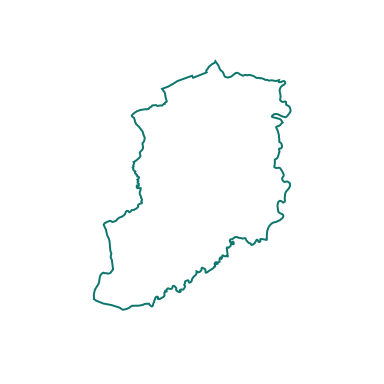 the district of Agua De Dios, Cundinamarca, Colombia, rotated 121°
{"feature_id": "7082276B68693842592572", "entity_name": "Agua De Dios", "entity_type": "district", "adm_level": 2, "iso_a3": "COL", "parent_name": "Colombia", "parent_adm1": "Cundinamarca", "projection": "mercator", "projection_center": [-74.665, 4.372], "detail": "fine", "context": "isolated", "style": "outline", "palette": "teal", "viewbox_px": 384, "rotation_deg": 121, "n_neighbors": 0, "source": "geoboundaries", "source_scale": "gbopen_adm2", "svg_char_len": 6070}
<svg xmlns="http://www.w3.org/2000/svg" viewBox="0 0 384 384"><g transform="rotate(121 192 192)"><path d="M334.3,221.0L334.2,220.2L334.5,218.3L333.3,210.7L330.4,202.8L329.7,200.0L328.4,194.4L328.6,190.9L327.6,189.5L325.9,187.8L323.7,186.3L320.5,184.9L317.9,180.8L317.6,180.1L315.5,177.5L314.2,176.1L312.6,175.1L312.0,174.5L309.9,171.4L310.5,170.3L310.8,168.3L310.8,167.6L310.4,167.2L309.5,167.1L306.7,167.9L305.6,167.8L304.2,168.5L302.8,168.4L302.1,168.8L300.9,168.9L299.7,168.1L299.7,167.6L299.7,166.9L300.0,166.6L301.1,166.3L301.0,165.4L300.3,164.5L296.5,162.4L295.0,162.2L293.0,163.6L292.6,163.7L292.1,163.5L290.8,164.0L290.6,164.0L290.6,162.8L290.4,162.5L290.1,162.6L289.1,163.5L287.3,163.2L286.9,162.9L286.5,161.1L285.7,159.9L285.0,159.5L284.3,159.5L282.6,160.0L282.0,159.6L281.8,159.2L281.8,158.1L282.5,155.9L284.0,155.3L284.5,154.5L284.5,152.0L284.4,151.4L283.7,150.6L283.2,150.5L282.5,151.7L282.2,151.8L281.0,151.0L280.7,149.8L280.2,149.3L279.0,149.1L277.5,149.1L276.4,149.3L275.6,150.9L274.2,150.9L273.2,151.5L271.7,151.7L270.4,150.6L269.7,149.8L269.9,149.2L270.9,148.3L271.1,147.9L270.8,147.2L269.8,146.6L268.4,146.5L267.0,147.0L265.4,147.1L263.1,146.8L261.6,146.2L260.5,146.1L259.4,146.2L257.7,147.3L257.5,145.1L256.4,144.2L254.7,143.7L253.8,143.8L252.4,144.5L251.8,144.4L251.6,144.1L251.4,141.1L252.1,140.2L253.9,139.0L253.9,138.4L253.3,137.8L249.8,136.3L246.7,134.6L245.9,134.4L244.8,134.5L244.2,133.9L243.5,133.9L241.9,135.7L241.5,135.7L241.3,135.3L241.2,134.0L240.3,133.1L240.0,133.3L240.5,135.0L240.5,135.5L240.2,135.6L239.8,135.2L239.2,133.9L238.4,132.9L237.6,132.4L235.4,133.8L234.7,134.0L233.8,133.9L234.2,133.1L234.1,132.4L232.5,132.4L231.5,133.2L230.6,133.1L230.4,132.8L230.3,130.9L229.3,129.8L229.1,128.6L228.7,128.2L228.3,128.3L227.7,129.4L226.4,129.9L222.3,133.3L221.6,133.5L221.4,133.4L221.0,132.0L218.4,131.2L216.6,131.6L216.0,131.0L215.4,129.6L214.9,129.5L213.7,130.5L213.5,131.3L214.1,131.9L215.5,132.4L215.6,133.0L214.2,134.6L212.9,134.7L211.5,133.1L208.4,131.8L207.4,130.1L207.3,128.6L206.2,126.1L206.0,124.8L204.3,122.9L204.3,122.1L205.5,120.5L205.6,119.7L206.3,117.9L206.4,116.7L206.0,115.2L206.6,114.3L206.7,113.7L205.5,112.6L203.5,111.9L200.0,112.0L199.4,111.7L199.4,111.1L200.4,109.3L200.3,108.6L199.2,108.0L197.7,109.0L197.0,109.0L195.6,106.2L194.7,103.5L194.4,103.3L189.6,106.1L186.7,107.4L183.5,108.1L180.8,108.2L178.7,107.7L176.8,107.0L174.1,104.3L171.0,102.2L167.8,101.1L166.6,101.0L165.6,101.3L164.9,101.9L164.5,102.8L164.9,106.4L164.4,107.9L159.9,111.6L157.9,112.4L156.5,112.8L155.3,112.7L154.3,112.1L153.8,110.5L154.1,108.8L154.0,108.2L152.5,107.5L151.3,108.0L149.2,109.6L147.8,110.1L146.0,111.1L143.3,111.6L138.9,110.8L136.4,111.1L135.5,111.5L134.2,112.5L133.8,114.4L134.0,115.9L135.7,117.8L135.8,118.7L135.6,119.5L134.9,121.0L133.8,121.8L130.9,121.8L130.0,122.2L128.5,124.1L126.3,128.4L126.2,129.4L126.7,130.4L128.1,132.1L128.3,133.1L128.1,134.4L124.4,135.9L121.8,137.6L121.3,137.6L119.7,136.6L118.3,136.3L112.2,137.9L110.4,139.6L109.7,139.4L109.1,138.5L108.5,138.1L107.1,138.1L106.5,138.4L105.8,138.9L104.8,139.9L104.3,140.7L104.0,143.1L101.3,144.7L100.2,145.7L98.4,146.9L95.3,150.1L93.3,153.1L92.9,153.3L92.4,153.2L90.5,151.5L89.1,150.8L87.0,150.6L85.8,150.0L84.4,152.8L84.2,154.3L86.4,161.8L86.3,162.2L85.9,162.4L85.1,162.5L83.4,161.9L81.9,160.3L81.1,158.2L80.8,154.0L79.9,150.5L78.9,149.8L77.6,149.5L73.7,149.0L72.2,149.0L70.5,150.2L69.0,151.9L68.6,152.7L68.6,156.3L66.5,157.7L66.4,158.7L67.9,160.4L68.2,161.0L68.2,162.9L67.7,163.9L64.4,165.3L61.8,167.4L60.9,168.4L59.1,169.6L57.2,169.9L55.9,169.9L54.0,169.3L53.2,168.7L52.0,168.2L50.8,168.2L50.1,168.6L49.7,169.1L49.5,169.9L49.9,170.9L51.8,172.4L52.8,173.5L53.1,174.2L52.4,174.9L51.4,175.1L53.6,177.1L55.2,181.2L57.0,183.6L57.1,185.2L58.1,186.8L58.2,189.0L58.8,191.4L59.6,192.4L59.6,193.4L60.6,194.5L61.0,195.6L60.9,199.2L61.9,202.8L63.4,204.7L64.2,206.7L66.2,208.4L66.2,210.0L66.5,211.1L66.3,213.1L66.4,214.4L67.1,215.1L67.4,215.8L72.5,217.7L73.6,218.4L75.3,220.1L76.1,222.2L76.1,223.5L73.6,226.9L73.2,228.1L72.9,229.9L72.5,231.2L69.7,235.0L67.9,239.3L68.9,239.1L69.9,239.3L71.9,240.6L76.2,242.1L77.9,242.0L80.5,242.3L81.1,242.1L81.9,241.0L93.5,249.9L92.3,251.8L103.8,261.1L104.7,261.8L109.4,264.1L113.9,266.7L119.0,270.8L120.7,266.8L121.4,265.9L124.0,263.8L127.5,260.2L129.6,261.2L130.5,260.7L131.3,261.7L133.3,262.1L134.1,263.7L135.9,265.7L136.1,266.4L136.0,267.5L138.0,270.3L138.5,270.7L139.7,270.7L141.3,271.8L143.0,272.0L144.2,273.1L145.1,274.7L148.4,278.6L151.3,280.9L153.8,282.1L156.1,282.8L157.5,283.0L158.1,282.2L158.3,279.8L161.2,276.8L162.6,274.8L163.3,271.3L165.3,266.3L166.3,264.5L167.4,263.7L170.0,260.3L172.9,259.3L174.6,259.3L175.6,259.6L176.8,258.8L178.5,257.2L179.8,256.5L181.8,256.4L183.7,257.0L185.2,257.0L187.7,254.7L189.6,254.7L193.8,256.1L196.3,257.4L196.4,256.8L196.9,256.5L199.8,255.9L200.3,255.1L201.7,255.4L202.2,254.3L202.8,254.0L203.4,253.3L203.7,252.1L203.6,251.1L204.7,250.9L205.3,250.2L205.3,249.4L205.8,248.8L205.8,247.8L206.9,246.9L206.5,245.9L206.7,245.0L208.1,244.6L209.6,245.2L210.1,243.8L210.3,243.6L210.9,243.9L212.1,243.4L212.2,242.0L213.8,240.9L214.5,242.2L215.4,241.3L215.7,241.6L215.8,242.2L216.1,242.1L216.6,241.5L216.8,240.7L215.4,238.5L215.2,237.8L217.6,236.9L218.5,236.9L219.7,236.4L221.0,235.3L222.1,233.5L223.3,232.6L224.1,231.0L224.6,230.7L225.9,230.7L226.8,229.4L227.7,229.4L228.4,230.3L230.7,231.5L231.4,231.3L232.5,230.5L234.2,230.9L236.5,232.1L237.3,232.7L238.6,234.3L240.3,234.6L241.4,235.0L241.5,235.8L241.2,236.8L241.5,237.8L242.0,238.2L243.0,238.5L245.2,238.0L246.9,238.3L249.1,239.3L251.4,241.1L253.7,242.0L255.4,242.2L256.2,242.5L258.5,244.5L258.7,244.9L258.7,246.8L259.3,247.8L261.5,249.5L263.9,250.8L264.7,250.9L265.6,250.8L268.6,246.4L273.0,242.2L274.5,239.7L276.6,237.4L284.7,231.5L286.2,229.5L288.5,228.7L290.2,227.8L291.5,225.7L299.0,219.8L303.5,220.3L304.7,221.3L305.5,222.6L305.9,224.1L306.7,225.4L306.8,226.3L307.7,227.0L309.3,227.5L310.6,227.5L312.5,227.2L317.2,225.2L319.0,224.8L325.3,224.9L328.2,224.2L331.3,222.9L332.7,221.8L334.3,221.0Z" fill="none" stroke="#0f766e" stroke-width="2"/></g></svg>